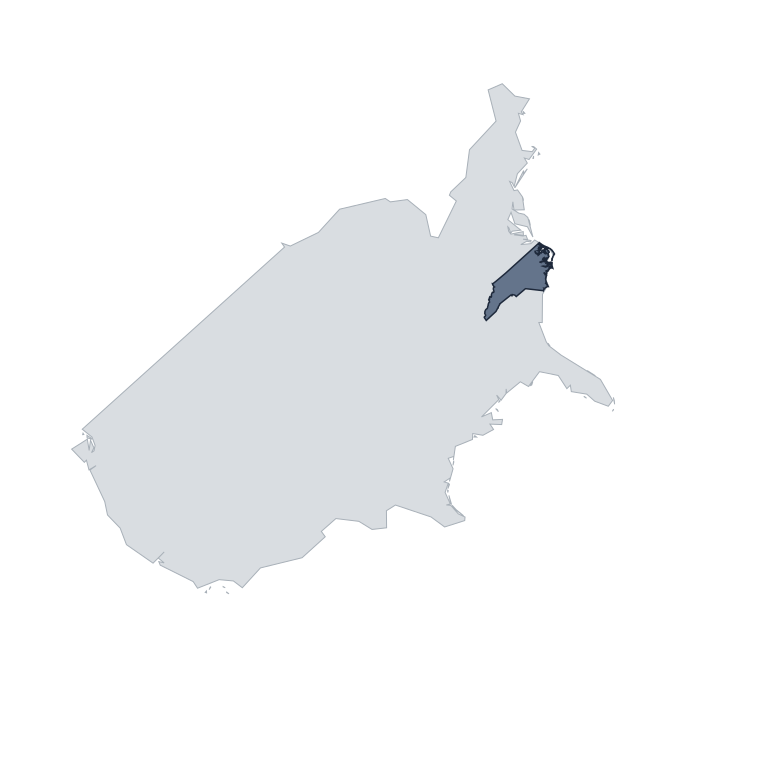 United States of America, with North Carolina highlighted, rotated 318°
{"feature_id": "USA-3549", "entity_name": "North Carolina", "entity_type": "State", "adm_level": 1, "iso_a3": "USA", "parent_name": "United States of America", "parent_adm1": "", "projection": "equal_earth", "projection_center": [-78.085, 35.229], "detail": "fine", "context": "in_parent", "style": "filled", "palette": "slate", "viewbox_px": 768, "rotation_deg": 318, "n_neighbors": 0, "source": "natural_earth", "source_scale": "10m", "svg_char_len": 9770}
<svg xmlns="http://www.w3.org/2000/svg" viewBox="0 0 768 768"><g transform="rotate(318 384 384)"><path d="M604.3,267.1L643.2,263.6L658.2,235.1L672.8,240.0L673.9,257.6L682.9,269.4L668.2,273.6L667.6,276.9L665.0,272.8L661.5,279.9L650.2,284.8L642.9,302.8L649.6,310.5L653.9,309.6L652.7,306.2L654.1,307.8L654.6,311.6L642.0,314.2L639.5,310.0L638.3,315.7L623.8,317.0L612.9,324.3L614.0,320.1L612.9,317.5L610.0,327.3L613.1,329.1L612.1,337.5L604.8,348.4L597.0,341.7L601.7,334.8L596.3,339.6L598.5,347.2L601.7,351.6L602.3,356.5L593.0,374.4L595.8,363.1L588.5,352.5L593.3,341.4L586.0,344.7L588.6,361.2L581.5,356.2L579.1,356.7L581.3,351.6L581.2,350.0L578.8,354.0L578.6,357.5L589.4,363.9L587.0,366.9L582.2,361.1L580.4,360.1L586.4,367.1L589.0,368.5L587.4,372.7L584.2,369.4L589.3,375.8L588.0,376.6L585.6,373.4L578.9,371.9L587.1,378.0L592.3,377.8L597.5,393.3L592.9,381.3L594.4,389.1L584.5,387.4L591.6,395.1L595.1,392.9L590.7,399.9L581.3,397.4L587.0,401.1L582.0,404.6L587.8,407.2L577.3,408.8L571.7,420.2L561.8,423.4L542.7,444.2L540.2,441.9L532.8,461.2L532.1,466.0L534.9,480.9L547.9,525.4L542.9,549.2L535.8,550.6L529.1,537.8L527.9,527.2L518.1,515.0L521.7,509.6L516.8,509.8L519.2,494.3L507.8,478.9L489.7,482.5L486.8,473.6L469.1,472.8L471.5,469.4L468.2,472.8L460.2,474.4L460.3,467.6L458.8,472.4L434.4,473.7L444.6,477.1L440.8,483.4L448.4,489.6L444.3,492.9L435.9,484.7L435.0,491.1L423.2,488.3L416.8,480.2L412.6,484.4L395.3,478.1L384.7,486.9L387.4,484.5L382.0,482.2L378.6,493.2L367.5,500.2L370.1,498.1L363.2,497.0L365.4,500.7L356.9,505.4L353.0,517.6L349.4,515.6L352.4,518.9L352.3,530.2L355.2,537.1L352.6,539.5L333.4,530.8L330.0,514.3L311.5,481.6L301.0,479.8L289.7,492.6L277.8,484.1L273.4,469.2L258.2,451.8L238.8,451.6L238.1,458.2L206.9,458.3L169.1,438.0L142.4,440.6L140.3,429.6L130.6,419.1L108.8,411.0L110.0,403.2L96.5,368.9L97.8,365.3L100.9,369.8L99.8,362.3L108.3,361.7L92.5,362.6L85.1,331.1L91.5,314.6L90.9,296.3L97.8,284.5L107.9,251.2L115.4,252.0L107.3,250.4L111.9,241.5L108.9,241.7L108.3,223.4L126.6,226.5L120.4,236.1L128.3,229.3L125.7,237.3L120.7,239.3L123.9,239.6L128.2,236.3L131.5,228.1L129.5,215.7L401.7,215.7L402.3,210.9L406.7,218.8L436.7,227.5L468.0,224.4L509.1,247.0L510.6,252.9L524.8,262.6L528.4,286.1L517.6,305.3L522.2,311.7L560.2,296.4L558.9,287.5L562.2,285.9L583.0,285.3L604.3,267.1ZM628.2,321.1L634.5,320.0L612.4,325.8L630.6,318.8L628.2,321.1ZM128.9,223.4L130.2,228.4L129.8,229.2L127.3,225.4L128.9,223.4ZM355.0,535.2L353.0,525.2L353.5,519.6L353.5,525.5L355.0,535.2ZM669.8,274.3L669.8,277.1L668.8,276.5L669.8,274.3ZM416.9,483.1L417.3,485.4L415.4,483.6L416.9,483.1ZM116.4,419.8L119.2,418.6L119.3,419.0L116.4,419.8ZM113.6,419.0L112.4,420.5L111.7,419.2L113.6,419.0ZM647.8,314.6L646.1,316.4L645.6,316.0L647.8,314.6ZM355.3,514.4L353.5,518.9L357.7,510.2L355.3,514.4ZM544.2,510.6L546.6,519.4L543.7,509.8L544.2,510.6ZM128.9,426.9L129.7,429.2L128.7,427.1L128.9,426.9ZM544.0,550.5L541.8,553.4L545.5,547.4L544.0,550.5ZM598.3,398.6L595.9,401.8L597.8,394.0L598.3,398.6ZM127.4,219.2L127.1,220.7L126.2,220.0L127.4,219.2ZM365.4,502.5L361.4,504.5L365.5,501.8L365.4,502.5ZM653.8,315.4L653.7,317.5L651.8,317.0L653.8,315.4ZM127.9,433.4L128.4,436.2L127.5,433.7L127.9,433.4ZM360.4,506.2L358.8,507.3L360.2,505.5L360.4,506.2ZM601.3,359.9L598.8,364.2L601.7,358.3L601.3,359.9ZM383.4,488.9L380.8,490.6L384.5,487.6L383.4,488.9ZM533.2,463.5L532.7,467.1L532.5,464.6L533.2,463.5ZM588.7,407.8L587.9,408.5L590.3,405.9L588.7,407.8ZM496.2,481.8L493.1,483.6L491.9,483.2L496.2,481.8ZM459.0,473.8L458.5,474.4L456.7,474.3L459.0,473.8ZM524.6,527.5L525.0,530.1L524.1,527.0L524.6,527.5ZM451.1,478.8L450.5,481.1L450.5,477.0L451.1,478.8ZM537.1,556.8L535.4,557.1L537.8,556.3L537.1,556.8ZM611.6,339.0L610.4,341.1L611.9,338.1L611.6,339.0ZM594.0,402.5L593.0,403.3L592.7,403.2L594.0,402.5Z" fill="#d9dde1" stroke="#a8b0b8" stroke-width="1"/><path d="M592.0,382.9L592.1,383.9L592.7,384.6L592.7,385.0L593.2,385.5L592.9,385.0L593.1,384.6L593.3,384.6L593.2,385.6L593.7,386.4L594.7,389.5L594.4,389.5L593.9,388.9L593.8,388.1L593.4,387.6L593.3,387.2L593.0,387.0L593.1,386.6L592.8,386.3L592.5,386.2L592.8,386.7L593.0,387.7L592.8,387.8L593.4,388.4L592.2,388.0L591.8,387.3L591.0,386.7L590.2,386.4L590.4,386.3L590.3,386.1L590.1,386.6L590.8,387.0L591.2,387.7L591.5,387.8L591.6,388.2L591.8,388.3L591.7,388.4L591.0,388.6L591.1,388.8L590.6,388.8L589.3,387.7L589.4,388.1L590.3,389.1L590.1,389.3L588.7,388.7L588.2,388.2L587.4,387.8L587.8,388.4L589.1,389.3L588.0,389.5L587.8,389.6L588.0,389.7L587.8,390.0L587.4,390.3L586.8,390.5L586.2,390.5L585.7,389.8L585.5,390.2L585.3,390.2L585.1,389.9L584.6,388.1L585.1,386.6L585.0,386.4L584.6,386.1L584.9,386.7L584.3,387.7L584.3,388.9L584.6,389.8L584.8,390.1L584.9,390.6L585.0,390.6L584.6,391.5L586.5,391.6L587.9,391.0L588.3,391.1L588.4,391.7L588.7,391.5L589.6,391.8L589.2,391.3L590.3,390.8L591.4,390.7L591.9,390.9L592.1,391.1L592.1,391.4L591.9,391.2L591.7,391.9L592.2,391.7L592.0,392.3L591.5,392.5L591.9,393.3L591.9,393.6L591.1,393.6L591.3,393.9L591.9,394.0L592.0,394.4L591.9,394.6L592.1,395.0L591.9,395.2L591.0,395.0L591.2,395.4L591.4,395.5L592.0,395.4L592.2,395.7L592.5,394.5L592.6,392.3L593.2,391.8L593.5,392.3L594.0,392.4L593.9,392.2L593.6,391.9L593.4,391.6L594.1,391.8L594.3,391.7L593.9,391.5L594.0,391.0L594.7,391.7L595.5,393.1L595.2,394.0L595.5,394.9L594.9,395.0L595.3,395.8L595.2,396.2L594.8,396.4L594.8,396.7L594.2,396.9L594.5,396.7L594.4,396.5L593.9,396.5L593.7,395.9L593.6,396.7L593.0,397.4L592.7,397.5L592.8,397.9L592.4,398.1L592.5,398.3L592.2,399.0L591.9,398.7L591.7,399.2L591.8,399.5L591.3,399.6L590.9,400.0L590.0,399.9L589.8,399.6L589.6,400.0L588.7,399.1L588.6,399.4L588.7,399.8L588.5,400.1L588.0,399.6L588.4,399.6L588.3,398.7L588.0,398.3L587.7,399.2L587.3,399.3L587.5,399.6L587.1,399.4L586.9,399.0L587.1,398.8L586.5,398.5L586.6,398.2L586.3,397.9L586.4,397.7L586.6,397.6L587.2,397.7L587.5,397.2L586.2,397.1L585.5,397.5L586.0,397.9L585.8,398.3L586.1,398.6L586.0,398.9L586.3,399.2L586.1,399.3L585.5,399.0L585.5,398.7L585.2,398.9L584.9,398.8L584.3,399.0L583.7,398.5L581.8,397.9L581.2,397.3L581.5,398.0L581.8,398.1L582.0,398.7L582.3,398.5L582.8,398.6L583.7,399.3L584.4,399.5L585.0,399.9L587.2,400.5L587.5,401.1L587.2,401.7L586.4,401.6L586.8,401.9L586.8,402.1L586.2,402.0L585.3,402.5L586.2,402.8L586.4,402.7L586.2,402.6L586.4,402.4L586.6,402.8L586.5,403.2L585.9,403.6L586.0,403.8L584.9,404.6L584.7,405.0L584.3,405.1L583.5,405.1L583.1,404.9L582.3,404.0L581.8,403.7L581.3,402.9L580.9,402.7L582.4,405.3L583.9,405.8L584.4,406.3L585.7,405.2L586.7,406.0L586.4,405.1L587.0,405.0L587.3,405.4L587.3,404.6L587.7,403.9L587.9,404.3L587.8,404.7L588.0,405.2L587.6,405.4L587.6,405.8L588.4,405.7L588.5,405.5L589.1,405.3L588.8,404.6L589.1,404.7L589.7,405.5L589.3,405.9L588.9,405.8L589.0,406.4L588.7,406.7L588.3,407.0L588.2,406.7L588.0,407.3L587.2,408.2L587.2,408.6L587.1,408.8L586.7,408.8L586.3,408.6L586.2,408.3L586.4,408.1L585.9,407.6L585.8,409.2L585.5,409.0L585.3,408.0L585.2,407.8L584.6,408.1L584.3,408.5L584.7,408.3L585.0,408.9L582.9,408.7L580.8,409.6L580.7,409.4L580.9,409.2L580.5,408.4L580.3,408.4L580.5,408.9L580.3,409.5L579.9,409.4L580.0,409.8L579.6,410.0L579.0,410.8L578.3,411.2L578.1,411.3L577.4,410.9L578.2,410.0L577.5,409.1L577.6,408.8L577.2,408.7L577.2,409.5L577.5,409.5L577.7,409.9L577.6,410.3L577.3,410.5L577.1,410.4L576.9,410.6L577.2,411.0L577.6,411.3L577.7,411.8L576.0,412.6L574.5,413.9L573.9,414.8L573.3,415.8L572.8,416.4L572.3,417.6L571.9,420.0L571.6,420.4L571.8,419.4L571.7,418.2L571.8,417.8L571.4,416.6L571.6,418.4L571.5,419.3L571.3,420.0L570.9,420.7L570.6,420.9L568.2,420.4L567.3,420.7L567.0,420.6L567.0,420.3L566.9,420.1L566.8,420.5L566.5,420.7L564.9,421.3L565.0,421.0L564.7,421.1L553.0,407.9L552.5,407.8L540.8,407.5L540.7,405.5L539.2,403.4L538.2,404.1L537.9,403.7L538.1,403.1L537.9,402.8L524.6,402.0L523.8,402.1L523.5,401.9L523.2,402.1L523.0,402.4L520.4,403.2L520.2,403.5L519.6,403.9L519.4,403.7L519.0,403.8L515.8,405.0L502.5,405.2L503.0,401.7L503.7,401.2L504.2,401.4L505.3,401.1L505.7,400.7L505.7,400.1L506.0,399.5L506.1,398.9L506.4,398.6L507.0,398.3L507.4,397.7L509.1,396.9L510.5,396.8L510.9,397.0L511.7,396.8L513.4,395.5L513.9,395.4L514.4,394.8L515.3,394.2L516.4,393.7L517.2,393.8L518.1,392.4L518.0,391.8L518.1,391.5L518.6,391.3L519.2,391.6L519.6,391.1L519.6,390.7L521.2,389.9L521.3,389.9L521.6,390.2L521.5,391.0L521.9,391.2L522.7,390.7L523.3,389.8L523.9,389.2L525.1,388.8L525.7,388.4L526.3,388.6L526.6,389.2L527.1,389.2L527.7,388.7L528.8,386.5L529.2,386.2L530.0,385.6L531.0,385.8L530.8,385.0L531.3,383.8L531.1,383.2L531.7,382.0L531.9,382.3L536.3,382.6L548.5,383.0L592.0,382.9ZM594.0,382.9L594.7,386.7L595.5,388.9L597.2,392.2L597.6,393.6L597.2,393.4L597.2,393.1L597.0,392.9L596.7,391.8L595.9,390.7L595.7,390.8L595.5,390.6L595.5,390.3L595.7,390.5L595.9,390.4L595.8,390.0L595.4,389.9L595.2,389.1L595.2,388.7L594.9,387.4L594.4,386.5L594.2,384.9L593.7,383.0L594.0,382.9ZM598.0,394.3L598.4,396.7L598.0,400.2L597.8,401.3L597.5,401.6L597.0,401.6L595.4,402.3L595.9,401.7L596.1,401.7L597.8,400.8L598.1,398.4L598.0,397.5L598.2,396.9L598.1,396.0L597.6,393.9L598.0,394.3ZM588.2,407.9L590.4,405.8L590.2,406.2L588.3,408.0L586.9,410.9L586.8,410.6L586.9,410.2L588.2,407.9ZM595.9,392.3L595.4,391.6L595.5,391.5L596.1,391.8L596.6,392.6L596.5,393.1L596.1,393.0L595.9,392.3ZM581.2,409.6L584.7,409.0L585.2,409.2L583.6,409.2L580.7,410.0L581.2,409.6ZM593.4,382.9L593.4,383.7L592.9,383.7L592.7,383.6L592.6,383.2L592.2,382.9L593.4,382.9ZM575.5,413.2L578.0,411.8L577.6,412.1L576.2,412.8L574.9,414.1L575.5,413.2ZM592.7,403.2L593.2,403.2L595.0,402.1L594.5,402.7L593.5,403.0L592.4,403.9L592.7,403.2ZM571.3,421.0L571.6,420.6L571.3,421.6L570.8,421.2L571.0,420.8L571.3,421.0ZM586.5,409.7L586.8,410.1L586.6,410.2L585.5,409.4L586.5,409.7ZM591.7,404.0L592.2,404.1L591.0,405.1L591.4,404.5L591.7,404.0ZM572.3,418.1L572.6,417.0L572.9,416.8L572.5,417.9L572.3,418.1Z" fill="#64748b" stroke="#1e293b" stroke-width="1.5"/></g></svg>